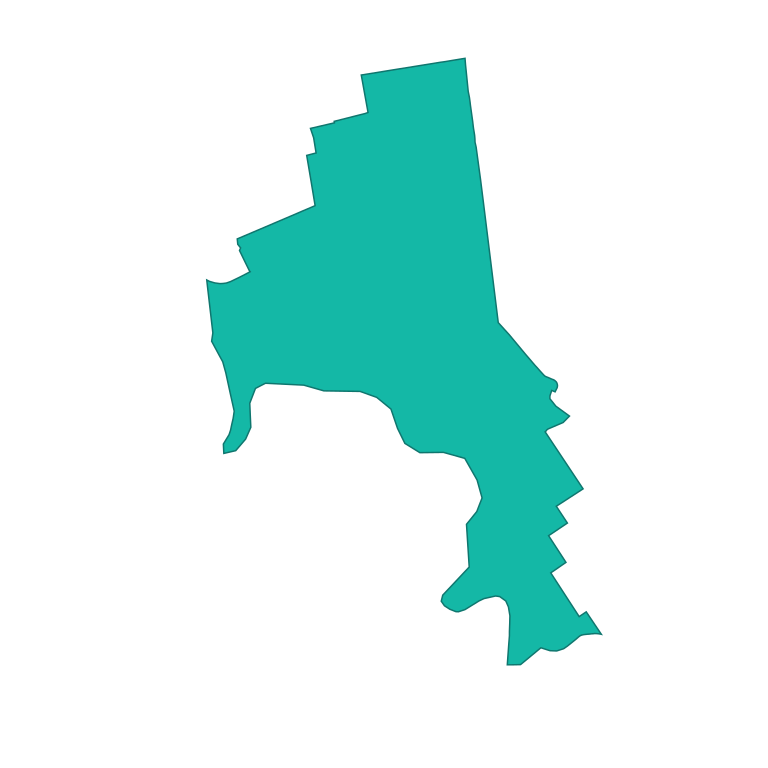 outline of Tudor Vladimirescu, Galati, Romania, rotated 346°
{"feature_id": "2599482B92797551545765", "entity_name": "Tudor Vladimirescu", "entity_type": "district", "adm_level": 2, "iso_a3": "ROU", "parent_name": "Romania", "parent_adm1": "Galati", "projection": "mercator", "projection_center": [27.668, 45.548], "detail": "fine", "context": "isolated", "style": "filled", "palette": "teal", "viewbox_px": 768, "rotation_deg": 346, "n_neighbors": 0, "source": "geoboundaries", "source_scale": "gbopen_adm2", "svg_char_len": 3102}
<svg xmlns="http://www.w3.org/2000/svg" viewBox="0 0 768 768"><g transform="rotate(346 384 384)"><path d="M530.8,171.5L531.3,169.2L531.6,167.7L532.1,164.6L532.3,162.3L532.7,157.5L533.0,155.0L533.6,150.4L535.3,134.4L535.7,131.3L536.2,126.7L536.5,120.4L537.9,110.8L539.5,99.8L540.3,94.2L540.5,93.0L541.4,87.6L519.4,85.8L516.9,85.5L507.2,84.7L473.4,81.8L436.7,78.7L434.2,116.7L431.1,117.0L424.8,117.0L399.2,117.1L399.1,118.6L374.5,118.2L375.3,128.1L374.0,143.4L364.3,143.5L362.2,170.8L360.3,194.3L346.5,196.5L344.8,196.8L318.7,201.0L276.7,207.7L275.9,213.1L277.8,217.3L276.1,219.5L279.0,233.3L280.8,241.6L281.3,242.7L269.5,245.5L259.9,247.5L255.4,247.9L252.1,247.5L249.1,246.9L244.3,245.0L239.5,242.2L237.2,240.2L236.4,246.0L230.3,293.0L227.1,300.8L231.1,316.5L232.9,323.4L233.2,334.9L232.6,354.7L232.5,358.2L232.1,374.1L229.3,380.9L226.2,387.0L224.0,391.6L221.4,395.7L213.6,403.4L211.8,412.6L224.0,412.8L236.4,404.0L244.3,393.8L246.8,381.4L249.1,370.2L258.2,357.2L264.4,355.7L269.2,354.6L305.9,365.7L324.0,376.1L359.0,385.4L373.7,395.2L384.7,410.0L386.4,430.4L389.9,446.7L402.2,459.3L425.1,464.7L444.4,475.7L451.1,499.7L451.6,518.3L447.4,524.2L443.2,530.2L430.1,540.1L422.4,582.2L389.9,603.1L387.0,608.6L389.0,613.8L393.4,618.5L398.7,622.3L401.1,623.0L408.0,622.5L423.6,617.5L429.1,616.4L441.0,616.7L444.9,618.3L449.7,624.0L450.8,630.3L450.1,639.4L448.0,647.0L445.8,654.6L444.8,658.6L441.8,667.6L435.7,686.3L438.9,687.1L443.7,688.2L448.6,689.3L460.5,683.6L472.4,677.9L480.5,682.9L487.0,684.8L494.3,684.3L498.5,682.7L507.6,678.5L507.9,678.4L508.1,678.3L508.5,678.1L509.2,677.7L509.5,677.6L509.8,677.4L510.2,677.2L510.5,677.1L511.0,676.8L511.5,676.5L512.1,676.3L512.4,676.1L512.7,676.0L513.1,675.9L513.3,675.8L513.8,675.6L514.0,675.6L514.3,675.6L514.7,675.5L514.9,675.5L515.1,675.4L515.5,675.4L515.7,675.5L516.0,675.5L516.3,675.5L516.6,675.5L516.8,675.5L517.1,675.5L517.4,675.5L517.6,675.5L517.8,675.6L518.0,675.6L518.4,675.7L518.8,675.7L519.0,675.7L519.3,675.8L519.6,675.8L519.9,675.9L520.2,675.9L520.3,675.9L521.0,676.0L521.3,676.1L521.6,676.1L521.8,676.2L522.1,676.2L522.5,676.3L522.8,676.3L523.1,676.4L523.4,676.4L523.6,676.4L523.8,676.5L524.1,676.5L524.3,676.5L524.7,676.6L524.8,676.6L525.0,676.6L525.3,676.7L525.6,676.7L525.8,676.8L526.1,676.8L526.3,676.9L526.5,676.9L527.0,677.0L527.3,677.0L527.6,677.0L527.8,677.1L528.1,677.1L528.3,677.2L528.6,677.3L528.8,677.3L529.1,677.4L529.3,677.4L529.5,677.5L532.1,678.4L532.5,678.6L533.0,678.8L533.7,679.1L534.1,679.3L534.3,679.4L525.1,654.0L517.1,656.9L500.1,607.6L517.4,601.1L507.0,571.0L528.3,563.3L521.6,544.3L551.8,533.9L528.8,469.4L529.6,469.0L530.9,467.9L532.4,467.3L548.5,464.7L556.2,460.0L545.4,447.1L541.4,438.4L542.1,435.7L545.2,430.8L548.1,433.0L551.1,429.5L551.9,427.8L552.1,426.3L552.0,424.9L551.8,424.0L551.4,423.2L550.6,422.0L549.9,421.2L549.3,420.7L548.5,420.2L547.9,419.8L546.4,418.6L544.7,417.3L543.1,416.2L541.9,415.1L541.0,413.6L538.3,408.6L536.5,405.1L535.1,402.6L528.1,388.6L517.5,366.6L509.7,352.1L524.4,231.7L527.2,208.4L530.3,180.1L530.7,176.6L530.8,172.5L530.8,171.5Z" fill="#14b8a6" stroke="#0f766e" stroke-width="1.5"/></g></svg>